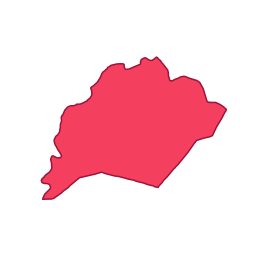 the district of Concepción Tutuapa, San Marcos, Guatemala, rotated 166°
{"feature_id": "79465075B54986860813663", "entity_name": "Concepción Tutuapa", "entity_type": "district", "adm_level": 2, "iso_a3": "GTM", "parent_name": "Guatemala", "parent_adm1": "San Marcos", "projection": "albers", "projection_center": [-91.85, 15.29], "detail": "fine", "context": "isolated", "style": "filled", "palette": "rose", "viewbox_px": 256, "rotation_deg": 166, "n_neighbors": 0, "source": "geoboundaries", "source_scale": "gbopen_adm2", "svg_char_len": 2190}
<svg xmlns="http://www.w3.org/2000/svg" viewBox="0 0 256 256"><g transform="rotate(166 128 128)"><path d="M227.9,79.5L219.4,77.6L217.0,77.7L207.8,81.3L206.6,82.2L200.1,84.8L198.9,85.8L191.3,89.5L187.0,91.5L170.6,91.2L166.9,91.5L166.2,91.3L164.6,91.7L160.9,89.2L152.4,84.6L149.2,83.4L142.8,80.0L142.1,79.5L140.0,78.3L134.9,75.9L133.0,74.4L125.8,70.6L123.9,69.2L121.6,67.8L117.6,65.8L116.1,64.4L113.2,63.1L111.8,64.4L108.0,66.8L106.1,68.6L101.9,71.1L97.8,74.1L93.0,77.6L92.2,77.8L91.7,78.4L87.3,81.1L86.8,81.6L75.9,89.7L68.1,96.5L64.5,99.3L57.2,99.8L50.0,99.7L47.8,100.3L41.9,107.5L34.5,114.9L29.9,120.2L29.4,120.3L28.1,122.2L30.0,125.2L32.9,128.5L36.8,131.6L43.6,133.4L44.9,134.9L45.5,147.8L47.3,154.7L49.5,157.3L57.1,161.9L59.8,164.0L61.4,164.7L65.0,164.8L67.2,164.2L71.6,163.7L72.4,163.2L74.7,163.2L75.9,164.0L76.1,169.0L75.5,172.0L75.5,174.7L78.6,181.8L79.2,182.5L80.1,185.4L81.7,187.5L82.3,189.0L83.3,189.9L85.8,188.7L88.2,187.8L89.5,188.0L91.0,188.8L93.7,191.6L95.0,192.1L98.4,191.3L99.8,189.4L100.2,187.5L100.9,186.8L105.3,186.2L112.6,185.0L115.3,185.3L116.3,185.6L116.8,187.1L116.7,189.8L116.4,190.3L116.9,191.1L117.9,191.8L119.1,191.8L119.7,192.2L124.0,192.9L129.5,192.9L131.2,192.1L132.9,191.7L133.7,191.0L134.4,190.2L135.1,190.2L136.6,189.2L137.6,188.8L138.9,188.3L140.7,186.6L140.8,186.0L142.1,184.6L142.7,183.7L146.7,179.8L148.1,179.1L151.6,177.2L152.9,176.9L154.5,175.9L154.3,172.2L154.8,170.0L155.2,168.7L156.4,167.4L157.5,166.3L159.0,165.6L159.6,165.3L160.8,164.7L160.9,164.3L166.7,163.0L168.8,162.8L172.0,163.5L173.2,162.9L175.7,162.8L178.2,163.4L180.5,163.2L181.8,162.8L185.1,160.5L188.0,156.6L188.9,156.2L190.2,154.5L190.8,150.9L191.3,150.1L192.8,147.8L193.3,145.6L195.4,140.7L197.9,138.3L199.0,137.9L200.0,137.4L202.1,135.0L202.7,133.8L202.9,132.1L202.6,128.6L202.1,127.6L201.5,124.6L199.3,118.3L199.5,116.5L200.7,115.6L203.5,116.0L204.7,116.7L207.4,119.1L208.8,119.0L210.6,116.4L210.8,111.3L211.3,110.0L211.3,108.3L212.3,106.5L214.6,104.4L219.1,102.4L221.1,101.1L221.3,100.5L223.3,99.8L224.8,98.2L224.6,95.8L222.8,94.5L219.6,93.5L217.9,92.2L217.5,89.6L218.0,88.1L220.0,86.8L224.8,83.9L227.4,80.7L227.9,79.5Z" fill="#f43f5e" stroke="#9f1239" stroke-width="1.5"/></g></svg>